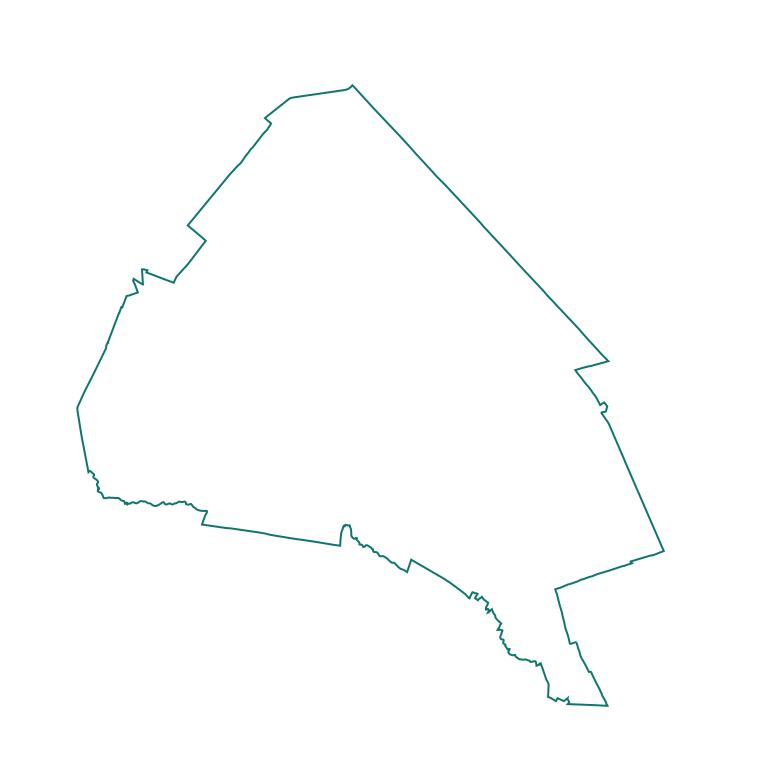 Baicoi, Prahova, Romania, rotated 188°
{"feature_id": "2599482B49235084431710", "entity_name": "Baicoi", "entity_type": "district", "adm_level": 2, "iso_a3": "ROU", "parent_name": "Romania", "parent_adm1": "Prahova", "projection": "orthographic", "projection_center": [25.87, 45.034], "detail": "fine", "context": "isolated", "style": "outline", "palette": "teal", "viewbox_px": 768, "rotation_deg": 188, "n_neighbors": 0, "source": "geoboundaries", "source_scale": "gbopen_adm2", "svg_char_len": 6124}
<svg xmlns="http://www.w3.org/2000/svg" viewBox="0 0 768 768"><g transform="rotate(188 384 384)"><path d="M456.9,675.4L458.4,673.2L460.5,671.3L462.5,670.1L464.7,669.4L503.5,658.1L514.3,654.9L516.1,654.2L517.1,653.6L518.3,652.5L537.9,631.9L538.9,630.7L532.1,626.3L532.8,624.1L534.6,620.9L534.7,620.3L535.1,619.5L538.4,615.0L547.1,599.8L548.7,597.9L550.1,594.9L552.7,590.6L556.2,583.6L557.3,581.9L559.0,580.1L566.3,569.4L600.4,513.7L581.6,501.9L580.4,501.0L594.8,475.5L604.4,461.4L606.4,455.0L634.8,461.4L634.1,463.7L637.8,464.1L639.6,463.8L636.6,449.1L637.2,449.1L646.5,453.3L646.8,451.3L644.4,447.7L640.5,440.4L649.1,436.0L651.2,435.3L653.8,423.4L654.8,423.6L656.0,417.7L656.3,417.7L662.9,388.2L663.1,387.1L663.0,386.7L663.4,386.8L664.4,383.1L664.4,382.2L664.1,381.4L664.2,380.9L673.2,353.0L679.3,335.4L684.1,319.1L684.3,317.6L684.2,316.4L683.0,312.2L676.1,289.9L664.4,255.6L663.6,256.8L663.1,257.0L662.1,256.5L658.7,254.2L658.4,253.9L658.4,253.3L658.9,252.0L658.7,251.1L658.1,250.5L655.8,249.4L654.6,248.7L653.9,247.9L653.6,247.5L653.4,246.4L654.2,245.6L654.3,244.6L654.2,244.0L653.6,243.4L653.4,242.5L653.2,242.2L651.9,241.5L651.5,241.0L651.5,240.5L651.6,240.3L652.5,240.2L652.5,238.0L652.4,237.8L648.8,236.8L647.3,234.9L645.9,232.3L645.5,232.1L643.5,232.2L642.5,232.5L640.4,233.4L638.5,233.3L635.8,233.7L634.2,233.6L633.0,233.9L630.9,234.1L629.7,233.5L628.7,232.5L627.5,232.1L625.1,231.8L624.7,231.4L624.4,230.9L624.0,229.5L623.8,229.3L623.2,229.7L622.5,230.6L621.9,230.6L621.9,230.4L622.1,229.5L621.9,229.1L621.5,228.9L621.3,228.9L621.2,229.6L620.9,230.0L619.0,230.1L616.9,231.8L616.0,232.0L613.5,231.4L612.4,231.4L611.0,232.2L609.4,233.8L608.9,234.1L607.9,234.3L605.9,234.1L604.3,234.5L600.8,233.1L598.7,233.2L596.3,231.8L595.4,231.5L593.5,231.3L591.5,232.1L589.2,233.8L587.2,235.7L586.2,236.3L585.4,236.0L584.4,234.9L583.8,234.4L583.3,234.3L581.7,234.8L580.5,235.6L579.4,235.8L578.8,235.9L577.7,235.3L576.6,235.3L575.7,235.7L574.9,236.6L573.3,236.9L572.7,237.3L571.0,238.8L570.2,239.0L567.6,238.9L565.2,239.8L564.3,239.5L564.0,239.2L563.8,239.0L563.4,237.5L562.9,237.3L560.7,237.3L558.9,238.3L558.4,238.3L557.5,237.6L555.8,235.8L553.2,234.6L552.5,233.9L551.6,233.6L549.4,233.1L548.1,233.0L544.7,233.2L542.0,233.7L541.5,233.2L541.6,231.8L542.6,229.4L544.2,222.4L544.7,219.5L520.3,219.4L515.8,219.7L488.5,219.6L481.0,219.4L475.7,218.8L455.0,218.3L431.3,218.2L411.3,217.7L404.9,217.8L405.0,219.4L405.4,223.6L405.6,230.1L405.4,231.8L404.9,234.1L404.2,237.9L403.7,237.9L403.3,237.6L403.0,237.6L402.8,238.0L402.9,238.8L402.5,239.2L399.7,238.9L398.4,239.3L398.1,239.0L397.9,237.8L396.6,235.9L396.2,234.1L395.8,232.9L395.4,229.8L395.0,228.8L394.0,227.7L392.4,226.6L391.6,226.7L390.1,227.8L389.5,227.6L389.3,227.4L389.7,226.5L389.6,226.1L388.2,225.0L386.7,223.9L386.0,222.7L386.0,221.7L383.6,221.7L382.9,221.3L382.1,219.9L381.5,219.7L380.8,220.0L379.5,221.8L378.0,221.9L376.6,221.3L374.8,220.4L373.9,220.2L373.0,219.0L372.0,218.8L371.9,218.7L371.7,217.4L371.4,216.9L370.7,216.3L370.1,216.2L368.7,216.5L367.2,216.1L366.6,215.7L364.8,213.3L364.5,213.1L363.4,212.9L362.0,213.3L360.5,213.4L356.4,211.6L355.8,211.0L353.5,209.3L351.3,208.1L349.0,208.4L344.1,204.6L341.9,203.3L338.4,202.6L334.9,201.0L332.6,213.8L297.2,199.4L290.6,196.2L284.6,193.0L274.2,187.2L270.3,183.9L269.4,183.6L269.0,185.6L267.6,189.9L267.0,190.2L265.2,189.5L263.0,189.5L262.1,189.2L264.1,184.7L260.9,182.9L259.6,184.9L258.8,185.3L257.5,186.9L255.1,184.4L250.4,181.9L250.7,180.1L252.0,176.5L251.8,175.2L251.6,174.8L251.1,174.9L250.2,175.6L249.3,175.5L249.0,175.2L248.9,174.9L248.8,173.9L248.9,172.9L249.2,172.1L248.5,172.5L246.9,174.8L245.8,176.0L245.1,174.5L243.4,171.9L241.8,170.5L241.5,169.7L241.2,168.4L240.8,167.8L238.0,165.5L234.6,163.2L235.6,161.2L236.0,159.0L237.3,156.3L236.8,156.3L234.8,156.9L232.8,156.6L232.4,156.4L232.4,155.9L233.0,153.9L232.9,152.8L233.6,150.8L233.7,150.1L233.4,148.5L232.5,147.6L230.5,147.5L229.9,147.2L229.7,146.8L230.0,145.1L230.1,144.6L230.0,144.3L228.9,143.3L227.4,142.6L227.5,141.6L224.6,138.3L224.0,138.2L223.7,138.3L223.2,139.1L222.7,139.0L222.8,138.4L223.3,137.2L223.6,136.2L223.4,135.5L223.2,135.1L222.5,134.4L221.6,133.9L219.3,133.2L217.4,133.6L217.2,133.8L216.6,134.0L216.2,133.6L215.8,132.6L215.5,132.3L212.0,130.4L211.4,130.3L208.2,130.3L204.9,131.0L203.1,130.4L201.3,130.3L200.6,129.4L200.1,129.2L199.4,129.3L196.3,130.5L195.6,130.5L194.9,129.8L194.7,129.2L194.5,128.4L194.0,127.4L193.8,126.2L192.6,126.8L192.1,127.4L191.1,127.6L191.0,127.8L191.0,128.6L190.0,129.2L186.9,123.4L182.5,114.6L181.9,113.6L180.0,111.2L179.5,110.1L179.1,109.1L178.0,97.0L175.1,96.3L169.6,93.9L168.4,97.0L161.6,95.0L158.5,98.4L158.6,97.6L156.5,95.2L156.4,94.4L157.5,92.6L132.6,95.1L117.9,96.4L118.2,97.0L119.1,97.9L120.2,100.1L122.8,103.7L124.1,105.2L124.5,105.8L124.9,106.8L128.1,111.8L132.8,118.3L133.5,119.5L136.8,124.3L138.6,127.2L139.2,127.8L141.1,127.4L142.0,128.9L146.3,135.0L150.5,140.3L151.5,142.0L153.5,146.6L154.8,149.0L156.1,152.0L157.3,154.4L158.0,154.9L158.6,154.8L162.8,152.7L163.3,152.6L163.9,152.9L165.4,157.0L167.3,161.5L169.1,164.8L170.5,167.9L171.5,170.5L172.2,172.7L174.9,179.2L176.1,182.7L179.3,189.6L182.6,197.7L183.2,199.5L185.1,202.8L185.8,204.6L180.7,207.0L174.0,211.0L170.3,212.6L165.0,215.4L160.9,218.0L159.6,218.4L154.8,221.0L150.5,222.9L148.7,224.1L145.3,225.9L135.2,230.5L122.9,236.6L120.4,237.5L117.3,239.2L114.6,240.4L113.4,241.1L115.1,242.4L115.0,242.6L97.8,250.5L94.6,251.8L94.3,251.6L83.7,257.5L134.1,340.0L135.8,343.0L155.8,375.8L156.4,376.6L159.0,379.5L164.5,385.4L164.6,385.8L164.4,386.2L160.5,387.6L159.8,393.0L163.4,396.4L166.9,393.5L166.9,393.2L167.0,393.2L172.3,400.7L176.2,404.5L177.8,406.4L179.5,408.0L180.9,409.6L183.0,411.2L185.8,413.8L189.6,417.7L193.6,421.3L196.5,424.4L189.1,427.8L183.1,430.2L181.4,430.7L177.1,432.6L167.2,436.8L166.9,437.1L165.0,437.8L173.2,444.1L182.5,451.9L187.2,455.6L197.7,464.7L203.9,469.8L224.4,486.2L229.2,490.2L233.5,493.5L239.8,499.0L259.8,515.0L281.2,532.6L308.1,554.4L311.0,557.1L321.6,565.7L351.7,590.1L361.2,597.2L365.6,601.0L384.3,616.3L390.7,621.8L402.6,631.6L433.2,656.0L454.1,673.3L456.9,675.4Z" fill="none" stroke="#0f766e" stroke-width="2"/></g></svg>